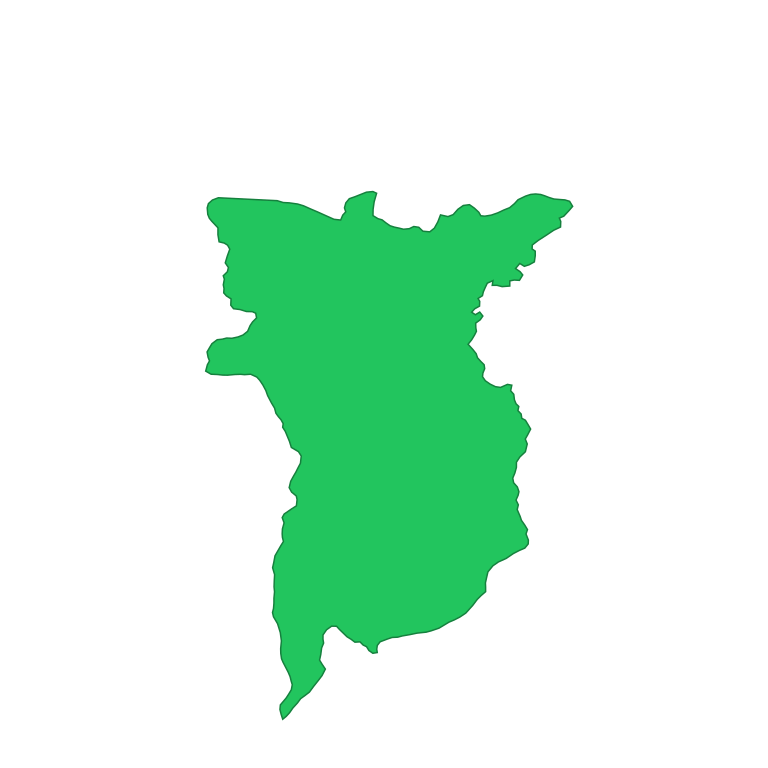 outline of Ituverava, São Paulo, Brazil, rotated 61°
{"feature_id": "56859067B5910170825055", "entity_name": "Ituverava", "entity_type": "district", "adm_level": 2, "iso_a3": "BRA", "parent_name": "Brazil", "parent_adm1": "São Paulo", "projection": "equal_earth", "projection_center": [-47.81, -20.319], "detail": "fine", "context": "isolated", "style": "filled", "palette": "green", "viewbox_px": 768, "rotation_deg": 61, "n_neighbors": 0, "source": "geoboundaries", "source_scale": "gbopen_adm2", "svg_char_len": 4262}
<svg xmlns="http://www.w3.org/2000/svg" viewBox="0 0 768 768"><g transform="rotate(61 384 384)"><path d="M314.2,133.1L310.7,136.5L307.8,140.9L304.6,145.7L300.7,149.4L297.2,152.3L294.2,155.1L291.3,159.3L289.3,163.8L288.3,169.0L287.8,177.4L289.5,182.5L290.7,188.6L289.9,195.0L289.5,201.4L288.3,208.3L286.1,214.4L283.8,217.8L279.8,217.8L274.0,219.7L268.6,222.3L266.3,228.1L267.0,234.6L269.4,241.4L268.6,246.9L263.5,252.6L268.3,258.3L272.1,264.4L273.1,270.2L269.2,275.9L263.8,277.6L260.7,281.6L260.4,286.6L258.1,291.9L255.2,295.0L251.8,298.9L248.5,302.0L244.0,304.2L239.5,306.1L236.5,309.1L231.4,312.0L226.0,308.9L219.9,304.3L213.6,298.0L210.3,300.4L207.7,306.4L206.1,318.8L205.1,324.5L207.1,329.6L210.8,333.2L214.9,334.0L216.3,338.2L219.6,342.4L215.7,347.9L209.3,352.7L201.4,358.6L195.1,363.5L189.1,368.0L184.7,372.3L179.6,379.1L176.4,384.2L171.9,388.5L140.8,438.6L139.9,444.9L141.1,450.1L144.2,453.2L150.2,455.9L154.4,456.4L158.2,455.7L166.9,453.5L173.0,456.9L179.7,459.3L183.3,455.4L186.7,453.5L191.3,453.5L196.2,459.1L201.1,464.1L206.7,463.6L209.9,466.6L211.4,472.1L214.9,472.8L219.4,476.5L222.9,477.6L226.6,480.0L230.6,479.1L235.4,476.5L240.8,479.8L245.2,479.1L249.1,473.8L253.9,469.2L256.9,464.1L259.9,461.9L264.4,463.4L266.0,468.9L268.0,472.8L271.8,477.7L272.8,483.6L272.1,488.8L270.3,494.8L267.5,499.4L266.4,503.7L264.4,508.4L265.3,514.9L267.6,518.9L270.2,523.2L275.4,524.9L279.2,525.4L281.5,529.1L286.3,533.7L291.6,530.5L295.0,525.0L297.9,520.9L300.4,516.6L303.4,509.8L306.0,504.7L308.2,501.5L310.8,495.9L316.2,491.9L320.4,490.9L326.1,490.4L332.4,490.5L337.8,491.4L345.9,491.6L352.0,491.4L357.2,492.7L361.4,492.2L365.2,491.4L369.8,491.4L372.7,493.6L377.6,493.3L388.3,494.5L394.6,495.8L401.7,491.6L406.9,491.3L412.8,495.5L415.8,500.1L418.4,503.9L420.7,507.8L423.8,512.7L428.7,517.2L433.8,517.2L439.4,515.0L443.0,516.1L448.1,519.7L448.4,524.9L449.3,534.3L451.5,537.8L457.0,538.7L461.5,543.1L465.7,545.7L468.9,547.2L473.0,548.3L475.2,552.3L481.4,562.6L486.5,566.8L490.7,570.5L497.7,572.1L502.6,575.2L508.1,578.5L512.7,580.5L518.0,584.1L522.3,586.5L526.8,589.5L529.8,592.3L534.0,593.5L542.0,593.3L551.1,595.2L559.0,598.3L565.4,602.7L569.6,604.9L574.6,606.8L578.5,607.2L589.5,607.5L594.4,608.0L598.8,609.2L602.5,610.0L606.5,613.3L609.2,618.0L611.3,622.0L614.4,630.2L618.2,632.8L623.0,634.1L628.1,635.1L627.3,630.7L625.7,625.9L623.2,620.8L621.0,614.3L618.8,609.5L618.1,603.9L617.3,598.6L614.4,592.3L611.5,585.3L609.0,579.6L604.9,573.5L599.3,574.0L594.2,574.2L590.0,570.5L584.6,566.5L581.3,562.4L577.6,561.1L573.9,559.0L571.1,553.4L570.4,547.2L572.9,542.9L576.9,542.0L581.5,540.6L587.1,538.9L591.2,536.6L595.7,534.6L597.9,530.0L602.2,528.8L605.3,526.6L609.8,526.4L614.1,524.3L615.6,520.1L612.4,518.9L609.4,516.6L607.6,512.4L608.7,504.7L609.6,499.8L612.1,494.7L613.2,490.2L615.7,483.0L617.9,475.9L621.5,467.4L622.7,462.6L624.2,454.3L623.8,442.6L624.4,436.9L624.6,430.6L624.0,423.5L620.6,413.6L617.6,406.9L616.1,401.6L614.9,395.8L610.9,393.6L607.1,391.7L603.8,388.8L598.7,384.2L595.8,376.9L595.1,370.2L595.8,361.7L595.0,353.0L595.2,346.2L595.8,340.4L593.8,335.4L590.5,333.4L584.0,332.5L580.9,329.1L575.5,329.3L569.9,329.9L565.7,329.1L558.4,328.4L554.8,325.1L549.5,324.8L546.3,320.6L543.6,318.2L538.7,317.3L533.2,318.5L528.7,317.0L525.3,312.7L521.1,308.6L516.6,306.1L513.7,300.6L511.8,293.2L505.9,287.8L500.6,287.1L498.3,283.3L494.5,277.6L489.6,277.7L484.2,277.9L480.8,280.1L476.7,278.6L472.2,279.8L469.0,277.0L465.3,278.1L461.1,277.6L455.9,275.5L451.3,276.5L447.0,272.8L444.2,276.2L443.5,283.7L440.4,287.8L435.6,291.2L430.3,293.8L425.4,294.3L422.4,292.2L419.4,288.5L415.7,287.1L411.2,288.4L406.4,289.5L402.2,288.7L397.2,289.5L390.0,291.2L387.8,285.8L385.1,281.1L382.7,277.6L379.5,276.5L375.2,274.3L374.5,268.7L372.5,264.6L367.5,265.4L367.7,270.5L363.7,272.5L362.2,268.2L362.2,262.7L358.1,260.2L354.8,260.3L354.5,255.1L351.6,252.5L348.7,248.7L345.9,244.8L346.4,238.6L350.2,241.5L352.5,237.3L356.1,233.5L359.3,226.5L354.8,224.0L356.2,219.7L359.0,215.3L355.9,209.8L351.8,210.5L346.8,213.0L344.4,206.8L349.1,204.2L350.1,199.2L350.1,193.3L345.1,189.5L341.1,187.3L337.7,189.0L334.3,186.9L333.2,179.5L332.4,168.0L331.8,161.0L332.3,153.5L327.5,150.6L323.9,150.2L324.4,145.4L322.1,138.3L320.1,132.9L314.2,133.1Z" fill="#22c55e" stroke="#15803d" stroke-width="1.5"/></g></svg>